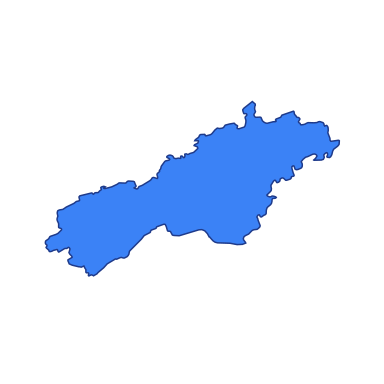 an SVG outline of Mariy-El, rotated 341°
{"feature_id": "RUS-2385", "entity_name": "Mariy-El", "entity_type": "Republic", "adm_level": 1, "iso_a3": "RUS", "parent_name": "Russia", "parent_adm1": "", "projection": "natural_earth1", "projection_center": [48.096, 56.579], "detail": "fine", "context": "isolated", "style": "filled", "palette": "blue", "viewbox_px": 384, "rotation_deg": 341, "n_neighbors": 0, "source": "natural_earth", "source_scale": "10m", "svg_char_len": 6073}
<svg xmlns="http://www.w3.org/2000/svg" viewBox="0 0 384 384"><g transform="rotate(341 192 192)"><path d="M339.4,188.0L339.8,189.2L340.7,189.5L347.1,190.7L347.7,191.0L348.0,191.5L346.8,194.4L346.4,195.0L344.6,196.1L339.8,197.7L338.3,199.2L336.3,202.3L334.6,203.8L333.3,204.2L331.2,203.2L331.1,202.8L331.1,202.3L332.2,201.2L332.6,200.3L332.6,199.3L332.2,198.7L330.9,198.7L329.0,199.6L328.5,200.6L328.4,202.0L328.2,202.5L326.8,203.9L324.7,203.9L317.7,201.7L317.5,201.4L319.8,200.4L321.8,198.8L321.9,198.1L321.6,197.3L321.0,196.5L320.1,195.9L318.5,195.6L313.0,196.2L310.7,196.1L307.6,197.3L305.4,198.7L305.1,199.1L305.4,200.8L305.1,202.4L304.4,203.9L303.5,204.7L302.5,205.0L299.5,205.2L298.0,204.9L297.5,204.6L296.9,203.9L296.9,200.7L296.6,200.4L296.0,200.2L294.8,200.5L294.2,201.8L293.9,206.7L294.0,209.3L293.8,209.8L293.3,210.1L291.1,209.9L290.6,210.5L290.4,211.0L289.8,211.5L288.8,211.8L285.2,211.7L284.4,211.4L283.1,208.9L282.3,208.2L281.7,208.0L279.8,208.3L279.3,208.9L278.8,210.0L278.2,210.5L276.9,210.9L275.7,210.9L275.2,210.6L274.8,208.6L274.3,207.8L273.5,207.9L272.6,208.3L268.9,211.3L268.4,212.9L268.2,214.7L267.4,216.3L266.5,217.0L261.9,219.2L261.8,219.8L262.1,220.4L263.6,221.8L265.1,222.2L266.1,221.9L267.0,222.1L268.4,222.9L269.6,223.9L269.9,224.6L269.3,224.9L268.6,225.0L266.1,224.4L265.3,225.1L264.5,227.0L263.4,228.7L262.1,229.6L258.8,230.8L257.6,231.6L256.4,233.3L255.1,236.5L254.7,236.9L253.8,237.3L252.3,237.4L249.7,238.2L249.0,238.0L248.5,237.4L248.4,235.9L248.2,235.5L247.1,235.3L245.8,236.1L245.2,236.8L245.5,238.4L245.3,240.1L245.5,245.9L244.9,247.0L243.0,248.0L241.4,248.5L238.1,247.8L236.2,248.0L231.9,250.2L228.5,250.6L226.8,251.1L226.1,251.8L225.4,252.7L225.3,253.3L225.2,254.1L226.2,257.1L226.2,257.8L222.6,257.9L217.5,256.4L211.2,252.8L199.6,248.4L197.5,247.0L196.1,245.2L195.0,242.8L194.0,240.2L193.6,240.1L193.0,236.4L191.4,232.8L189.1,230.8L186.2,230.0L165.7,229.2L161.2,227.4L160.0,226.8L159.4,226.2L158.8,222.6L158.4,222.0L156.8,221.3L156.3,220.9L156.2,220.4L156.4,216.5L156.2,214.3L155.9,213.7L154.6,213.3L147.8,213.4L147.2,213.5L146.2,214.6L145.7,214.7L141.0,214.8L139.9,215.7L139.6,216.4L139.0,216.7L133.4,217.5L132.5,217.7L128.8,220.1L114.2,227.3L113.4,227.9L112.1,230.2L111.0,231.2L109.6,232.0L106.6,232.4L105.5,232.0L103.8,230.8L102.4,230.7L99.0,231.0L97.7,230.4L88.5,232.3L83.8,234.9L76.8,237.6L75.6,238.4L71.6,239.2L71.1,238.5L69.8,237.5L67.2,237.8L66.9,237.4L66.9,237.0L67.7,235.7L67.8,235.2L67.5,234.6L65.9,234.0L65.6,233.6L65.6,233.2L66.4,230.8L65.9,228.9L65.7,226.8L62.8,227.0L61.7,226.3L60.5,225.8L54.9,222.2L52.5,220.0L52.3,216.8L52.5,215.9L52.9,215.7L57.3,214.8L57.5,214.2L57.3,213.2L56.3,211.2L55.9,209.3L58.0,206.3L58.1,205.7L57.8,204.7L57.4,204.2L56.9,204.1L55.3,204.6L53.4,204.0L52.8,204.1L46.8,205.4L46.3,205.3L46.0,204.4L46.0,202.8L45.6,202.4L41.8,202.1L40.1,202.4L38.3,202.2L37.7,201.7L37.6,200.3L36.1,197.5L36.0,196.8L37.0,196.1L37.5,195.3L37.5,194.8L36.8,193.7L36.7,192.5L37.2,191.4L37.6,190.8L38.1,190.5L41.2,189.6L43.0,188.0L43.7,187.8L49.7,187.8L51.8,187.5L56.2,185.4L56.5,185.0L56.6,184.5L56.4,184.0L54.8,182.7L54.4,182.1L54.7,181.0L55.4,179.1L55.6,178.0L55.3,175.5L55.4,174.2L55.8,173.2L57.3,171.1L57.6,168.5L58.0,167.3L58.9,166.1L59.5,165.9L60.8,165.8L64.3,166.4L68.2,165.3L76.7,164.3L79.5,163.3L82.4,163.6L83.1,163.1L83.5,159.9L84.7,159.1L96.7,160.2L97.2,160.5L97.6,161.5L98.2,162.0L99.8,161.2L100.5,161.2L102.7,161.9L103.4,161.9L104.8,161.0L106.9,160.3L107.2,159.8L107.1,158.6L107.3,158.0L108.6,157.7L110.5,157.9L111.7,158.9L109.8,159.5L109.8,159.8L110.3,160.2L111.3,160.5L117.8,161.0L124.0,160.3L125.6,159.7L126.5,159.8L131.6,161.8L132.5,161.9L134.4,160.9L135.7,161.0L140.0,162.8L140.8,163.6L140.9,166.6L141.1,168.2L140.7,168.6L140.2,168.9L138.6,169.3L138.8,169.6L140.6,171.1L141.7,171.2L143.7,169.6L147.1,169.5L155.8,167.6L157.3,167.0L159.0,165.7L160.0,165.6L160.6,165.8L163.0,167.6L163.4,167.9L163.8,167.8L164.1,167.5L164.4,166.6L164.5,164.3L164.8,163.7L165.4,163.1L166.7,162.7L168.1,161.9L168.2,161.0L169.9,159.9L171.2,157.8L171.8,157.3L176.0,154.4L177.0,154.0L180.5,154.4L181.1,154.2L181.6,153.8L181.3,153.0L179.6,151.2L179.5,150.9L179.6,150.5L179.9,150.2L181.6,149.7L183.2,149.9L184.2,150.5L185.3,151.5L185.7,152.4L185.9,153.9L186.5,154.5L187.6,155.2L190.0,155.5L192.2,156.5L192.5,156.1L192.8,154.8L193.4,154.4L194.4,154.9L195.2,156.7L195.6,156.9L196.2,156.7L196.9,155.9L197.2,155.4L197.2,154.6L197.5,153.9L198.9,154.0L200.2,155.1L200.7,155.2L202.7,154.9L206.0,155.1L206.9,154.9L211.3,152.9L211.8,152.5L211.8,151.5L211.6,150.9L209.1,148.8L209.4,148.5L209.8,148.1L213.4,147.7L214.6,146.2L214.7,145.7L214.3,145.4L211.3,144.4L211.8,143.9L212.9,143.4L215.8,142.5L216.8,141.8L217.5,140.9L218.4,140.5L219.0,140.5L222.7,141.6L223.0,142.0L222.9,142.9L223.2,143.3L223.8,143.5L227.6,143.8L228.7,143.7L229.9,143.3L233.9,140.8L236.7,139.8L238.6,140.9L241.5,141.5L243.0,141.2L243.7,140.6L245.2,139.6L249.6,139.9L253.9,140.6L254.5,140.9L255.0,142.3L256.4,143.9L256.6,144.4L255.6,145.8L255.5,146.7L256.9,147.5L262.3,147.6L262.9,147.4L263.9,146.5L265.6,143.7L266.3,141.8L266.4,139.1L266.7,138.5L267.1,138.1L268.5,137.5L268.9,137.1L269.1,136.4L269.0,135.9L268.6,135.5L266.7,134.9L266.5,134.5L266.5,131.8L266.8,130.7L268.3,129.7L278.5,126.1L280.4,129.4L280.1,130.6L279.4,131.3L278.4,133.3L278.1,135.0L278.2,136.6L277.5,137.4L275.9,138.7L275.7,139.1L275.6,140.0L275.8,140.9L276.2,141.8L276.8,142.2L280.8,143.4L281.5,144.0L281.8,147.7L282.8,149.4L284.0,150.7L285.4,151.5L291.6,152.0L294.0,152.7L294.4,152.6L294.7,152.0L294.4,151.1L295.2,150.4L300.2,150.2L302.0,148.6L314.2,148.6L314.4,148.8L314.6,149.4L314.3,151.0L314.3,152.2L315.0,153.5L315.3,155.1L315.8,155.6L317.2,156.4L317.7,157.5L317.8,158.0L317.6,158.4L315.6,160.1L315.5,160.5L315.6,161.2L316.5,162.3L316.6,163.7L317.3,164.1L319.3,164.5L321.3,164.6L322.4,164.3L324.3,164.2L329.9,166.3L332.7,167.0L334.3,166.8L335.4,166.9L336.2,167.3L338.5,169.1L338.7,169.7L338.9,170.6L338.7,171.9L338.9,172.8L340.8,172.8L341.2,173.1L341.6,174.4L341.6,175.6L340.9,178.1L339.8,180.0L339.7,180.7L339.9,186.1L339.4,188.0Z" fill="#3b82f6" stroke="#1e3a8a" stroke-width="1.5"/></g></svg>